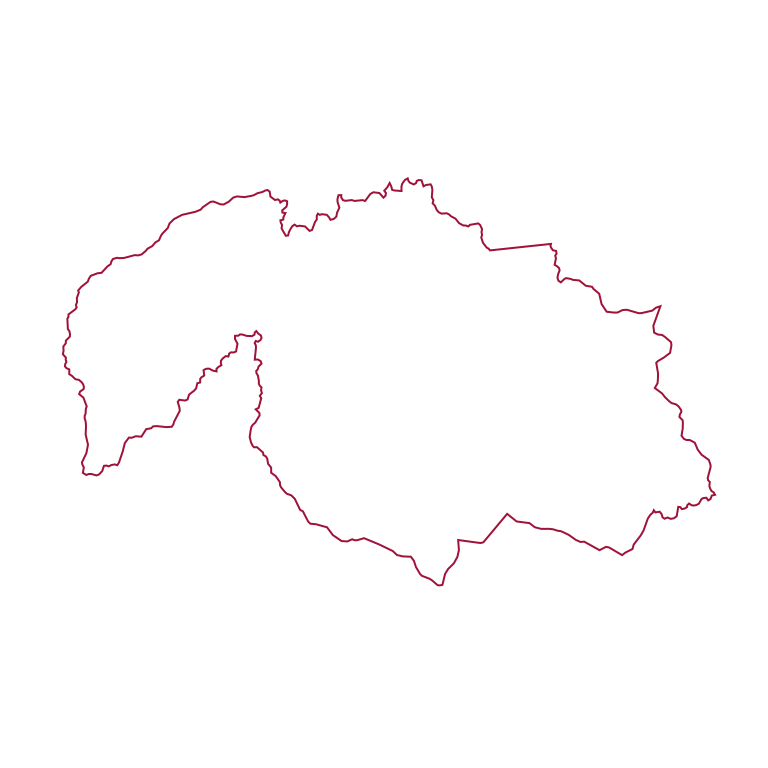 São Gabriel do Oeste, Mato Grosso do Sul, Brazil, rotated 263°
{"feature_id": "56859067B2444555609749", "entity_name": "São Gabriel do Oeste", "entity_type": "district", "adm_level": 2, "iso_a3": "BRA", "parent_name": "Brazil", "parent_adm1": "Mato Grosso do Sul", "projection": "mercator", "projection_center": [-54.463, -19.151], "detail": "fine", "context": "isolated", "style": "outline", "palette": "rose", "viewbox_px": 768, "rotation_deg": 263, "n_neighbors": 0, "source": "geoboundaries", "source_scale": "gbopen_adm2", "svg_char_len": 6094}
<svg xmlns="http://www.w3.org/2000/svg" viewBox="0 0 768 768"><g transform="rotate(263 384 384)"><path d="M427.5,667.8L426.7,663.5L424.1,659.1L423.0,648.2L423.2,645.5L428.1,634.1L428.3,629.8L426.5,624.5L426.9,620.8L428.6,613.8L436.8,609.7L447.4,608.6L452.8,603.5L455.1,602.4L456.9,596.3L463.0,590.4L464.3,584.3L465.6,581.9L466.9,577.7L466.2,575.8L463.3,571.9L465.3,569.7L468.3,569.1L472.2,570.4L475.2,572.1L477.7,571.9L479.6,570.3L481.5,567.9L487.9,570.0L490.6,569.6L492.4,571.2L495.1,571.0L496.2,567.9L498.7,566.6L500.5,566.0L502.7,566.8L503.7,505.4L505.6,504.4L506.8,502.6L512.2,499.4L517.6,498.4L520.0,499.5L522.9,499.3L525.7,500.2L530.1,498.8L531.9,497.1L531.5,488.7L530.1,486.9L531.3,484.5L531.7,482.0L534.5,478.1L539.4,475.1L542.3,471.0L544.4,469.2L545.8,467.1L546.1,461.8L547.9,459.1L550.3,457.6L555.0,456.2L557.3,454.3L560.4,455.4L563.5,454.2L570.8,455.7L574.1,455.5L576.5,454.6L576.4,449.9L575.4,447.3L581.6,446.1L582.2,443.4L581.6,441.3L579.6,440.4L578.4,437.9L580.7,434.2L582.6,433.0L585.2,432.6L584.0,429.7L580.6,426.5L577.9,425.4L573.4,424.9L574.9,417.5L575.8,415.7L579.3,415.3L582.8,414.1L578.9,411.3L575.8,407.8L573.3,409.2L570.8,408.5L569.0,406.2L574.1,402.7L575.6,396.8L574.3,393.6L567.9,387.5L569.1,385.3L569.3,377.0L570.5,374.4L570.5,368.1L571.5,365.7L574.3,364.3L576.7,364.6L576.9,361.8L573.0,360.3L570.1,360.1L564.5,361.2L559.6,358.2L555.9,357.1L553.9,354.1L553.5,350.8L556.1,349.8L558.9,347.8L560.1,343.1L559.7,340.9L561.1,339.1L559.2,337.8L555.4,337.3L553.1,335.2L545.7,331.4L545.0,328.8L550.0,324.8L551.4,319.4L551.1,316.9L553.1,314.6L551.8,312.2L549.1,310.0L546.4,308.2L543.1,306.9L543.1,304.6L550.9,301.3L554.3,302.2L556.7,301.2L559.1,301.1L559.5,304.1L561.8,304.5L565.7,307.0L566.5,304.1L568.7,304.1L571.9,308.8L574.5,309.8L577.2,310.1L578.3,308.0L578.1,305.9L576.7,303.2L578.7,302.8L580.2,301.1L579.9,298.2L583.9,294.1L588.8,294.0L590.7,292.1L590.5,289.6L589.4,286.7L588.8,281.7L587.3,277.9L586.9,275.2L586.5,268.4L588.1,260.8L587.4,257.1L583.9,252.2L581.7,246.6L582.3,243.5L585.9,237.0L585.9,234.0L581.5,225.6L579.4,223.3L577.9,217.7L576.5,204.2L573.2,195.5L569.5,190.7L565.2,188.4L560.2,182.3L558.2,180.6L554.0,178.1L552.4,174.3L549.2,170.9L547.1,165.8L545.1,163.7L542.2,159.3L541.6,155.8L542.3,152.3L540.8,141.5L541.1,136.8L541.8,134.4L541.1,130.2L539.1,128.5L536.2,127.2L534.4,123.8L528.8,117.2L528.8,113.1L527.1,106.1L524.3,103.8L521.7,102.5L517.2,95.2L514.0,91.8L512.1,92.3L506.7,89.6L502.7,89.3L499.9,87.8L497.6,88.3L495.8,86.8L491.5,79.3L489.1,79.0L487.5,77.7L477.0,76.9L474.8,78.2L471.5,78.4L469.2,77.9L465.9,73.6L463.0,73.0L460.3,70.3L456.0,70.0L452.7,68.9L448.9,71.5L446.8,71.0L444.7,71.5L442.6,70.0L440.3,69.5L438.5,70.7L436.8,73.4L432.1,72.8L430.5,74.9L426.3,78.4L425.3,81.7L422.5,84.2L420.4,85.3L417.9,85.8L415.6,85.3L413.5,81.4L411.1,80.2L407.1,84.0L397.9,86.2L395.9,85.1L391.0,84.2L389.0,83.1L386.8,82.7L382.9,83.3L378.5,83.1L370.2,81.7L359.8,82.8L351.7,80.2L342.9,74.6L340.8,74.8L337.8,75.9L332.5,74.3L330.0,77.4L330.6,79.8L330.4,82.5L328.3,87.4L328.9,90.1L331.9,93.7L336.9,96.1L336.9,98.4L335.8,100.8L336.8,103.6L337.0,106.9L335.9,109.4L338.4,111.4L348.8,116.4L357.0,119.6L361.9,124.3L361.4,127.1L362.4,131.2L361.3,136.8L368.2,142.5L368.4,147.3L370.1,149.8L369.9,153.3L367.7,162.9L367.4,168.1L369.7,170.1L371.9,170.9L382.2,178.0L385.4,178.1L391.4,177.1L393.3,178.9L391.8,184.6L392.6,187.2L397.2,189.2L400.7,195.0L402.6,197.0L407.5,198.8L407.9,201.7L411.5,202.2L412.9,203.6L414.3,206.6L419.7,206.6L420.8,209.2L420.6,212.2L418.1,215.9L416.9,219.3L419.5,219.6L421.2,221.9L422.5,224.9L424.9,224.6L427.1,225.1L429.1,227.2L431.0,230.4L430.2,232.9L433.1,234.1L434.1,236.0L433.6,238.6L434.3,241.1L441.8,243.5L446.8,241.6L450.0,242.0L449.7,245.4L450.8,247.2L450.3,249.6L448.5,253.5L447.6,258.8L448.8,261.5L450.9,262.0L452.1,263.7L449.3,265.4L447.2,267.7L444.7,268.1L442.7,266.8L441.3,264.1L442.3,262.0L440.4,260.6L437.9,261.5L435.4,261.3L423.9,258.7L423.7,261.8L421.8,264.3L419.1,264.9L416.7,261.7L414.0,260.5L412.4,258.7L410.1,258.8L407.7,259.9L402.2,260.2L399.6,259.8L397.4,260.5L395.6,262.0L392.7,261.2L389.8,261.7L387.4,259.3L384.8,260.4L375.6,256.7L374.5,253.6L370.4,256.8L368.0,256.7L361.3,251.4L359.5,248.8L357.5,247.1L354.9,246.2L347.7,244.2L342.1,244.9L338.7,246.1L337.0,247.3L336.8,250.2L330.7,255.6L328.1,255.7L326.5,258.0L324.1,259.0L318.9,259.2L314.8,261.8L309.6,261.2L305.8,265.3L299.3,268.7L296.2,268.5L293.9,269.3L289.2,272.3L286.9,274.2L284.8,278.4L280.8,281.5L269.3,285.4L267.5,288.0L256.8,291.9L254.3,293.9L253.1,299.4L248.7,310.0L240.3,314.8L233.3,322.7L232.2,328.4L233.8,333.5L232.6,335.5L232.2,338.1L233.4,345.4L225.3,359.7L217.2,372.3L212.7,376.0L210.6,381.6L209.3,389.6L204.7,392.2L198.5,393.4L190.9,396.7L188.9,398.4L185.3,405.2L183.6,407.4L177.8,412.7L177.3,414.7L177.5,417.5L188.0,421.5L192.5,425.0L197.5,431.5L203.5,435.8L210.0,438.1L220.1,438.6L214.9,458.4L214.4,460.8L214.8,463.4L240.1,490.4L231.4,498.9L228.2,511.4L223.4,516.3L221.0,522.5L220.2,529.8L219.2,534.1L217.3,538.2L216.2,542.0L211.8,548.9L205.8,555.5L203.3,559.7L203.1,563.5L192.8,577.7L195.3,584.4L194.3,587.5L185.1,599.5L187.2,602.9L189.9,610.5L194.2,612.3L202.6,620.5L206.9,623.7L218.2,629.4L221.7,632.4L223.5,635.1L225.8,636.4L223.5,637.7L223.6,642.1L221.0,643.7L217.8,644.2L216.1,646.0L216.9,649.2L215.2,652.2L215.4,655.4L217.1,658.4L226.2,661.1L225.6,663.2L223.5,664.4L223.7,667.1L224.8,669.7L226.7,670.2L228.2,672.2L226.1,674.6L225.6,677.0L225.8,679.2L226.8,681.9L231.2,685.2L231.9,687.3L231.8,690.1L229.0,691.6L230.0,694.0L233.3,695.7L233.7,699.1L236.2,698.0L237.9,696.0L239.8,695.2L242.8,694.5L247.0,695.4L249.0,694.0L251.2,693.8L261.9,698.1L264.0,698.2L269.0,697.2L275.1,690.6L280.6,687.4L287.9,685.3L291.1,680.7L291.6,677.3L293.0,675.0L296.4,673.0L303.1,675.0L309.0,675.9L311.6,676.0L315.3,673.2L317.8,674.0L320.1,675.8L322.2,675.6L325.8,673.7L328.1,671.5L330.1,667.0L332.2,664.9L336.7,661.3L340.8,658.8L347.0,652.3L351.4,655.6L355.1,656.4L361.2,657.3L371.9,656.8L373.4,658.7L376.0,664.7L380.0,671.7L387.4,674.0L390.5,674.0L396.2,668.9L398.8,666.0L399.7,661.9L402.1,658.4L408.9,658.4L427.5,667.8Z" fill="none" stroke="#9f1239" stroke-width="2"/></g></svg>